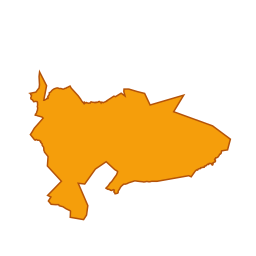 Atlamajalcingo del Monte, Guerrero, Mexico, rotated 255°
{"feature_id": "50627088B9042251287678", "entity_name": "Atlamajalcingo del Monte", "entity_type": "district", "adm_level": 2, "iso_a3": "MEX", "parent_name": "Mexico", "parent_adm1": "Guerrero", "projection": "robinson", "projection_center": [-98.589, 17.26], "detail": "fine", "context": "isolated", "style": "filled", "palette": "amber", "viewbox_px": 256, "rotation_deg": 255, "n_neighbors": 0, "source": "geoboundaries", "source_scale": "gbopen_adm2", "svg_char_len": 5102}
<svg xmlns="http://www.w3.org/2000/svg" viewBox="0 0 256 256"><g transform="rotate(255 128 128)"><path d="M186.8,42.5L186.5,42.8L186.1,42.9L185.4,42.6L185.1,42.8L184.8,43.1L184.7,43.3L183.3,42.6L183.0,42.5L182.7,42.1L182.0,41.8L181.1,41.9L180.8,42.0L180.6,42.2L180.3,42.6L179.8,43.1L179.0,43.2L178.6,43.5L177.8,43.7L177.7,43.9L177.7,44.2L177.7,44.8L177.7,45.4L177.5,45.9L177.3,46.4L177.1,46.6L176.8,47.1L176.7,47.1L176.2,47.2L173.8,46.7L173.2,46.5L172.4,46.0L172.1,45.9L171.8,45.9L170.8,46.0L170.5,45.9L169.2,45.3L168.3,45.0L168.2,44.9L168.1,44.7L167.9,44.5L167.5,44.2L167.2,44.1L166.8,43.9L166.4,43.6L165.9,43.2L165.7,43.0L165.4,42.4L165.3,42.2L164.4,41.7L164.2,42.0L164.1,42.5L163.7,43.2L163.2,43.8L161.0,47.6L159.5,48.6L152.0,37.4L149.1,34.5L146.9,32.0L140.9,34.6L140.8,34.8L140.7,35.0L140.4,35.1L140.3,35.3L140.3,35.7L140.6,36.1L140.6,36.3L140.6,36.5L140.1,37.0L139.8,37.3L139.5,37.6L139.4,38.1L139.3,38.7L139.2,38.9L138.9,39.2L138.5,39.4L138.0,40.0L137.7,40.2L137.4,39.9L137.1,39.9L136.6,40.0L136.2,40.2L135.6,40.6L135.1,40.9L134.8,40.9L134.4,40.8L134.0,40.7L133.4,40.7L132.8,40.9L132.0,41.3L131.3,41.5L130.3,41.4L129.6,41.3L128.4,41.0L127.9,41.0L126.9,41.2L126.6,41.2L126.4,41.1L121.1,43.4L112.2,40.3L93.8,49.9L83.7,32.9L81.3,35.7L78.1,32.2L74.2,34.0L72.8,37.9L72.0,41.0L71.8,41.2L70.7,41.5L68.8,44.8L66.0,47.3L63.0,50.8L62.4,50.9L56.7,49.1L51.0,61.4L54.6,65.4L63.4,69.1L87.5,65.6L85.1,71.7L96.8,85.9L101.1,98.2L91.3,104.4L90.4,105.2L90.1,105.6L89.6,106.0L88.7,106.7L88.3,106.6L87.7,106.2L86.7,105.5L85.4,104.4L83.6,102.1L81.6,99.8L80.5,98.4L79.3,96.2L78.1,94.9L77.2,93.8L75.6,91.1L75.4,91.2L75.1,91.5L74.7,92.0L74.2,92.4L73.9,92.9L73.8,93.1L73.9,93.4L73.9,93.6L73.8,93.8L73.5,94.0L73.2,94.3L72.9,94.6L72.8,94.9L72.6,95.0L72.4,95.0L71.9,95.9L71.9,96.2L71.9,96.4L72.1,96.7L72.2,97.0L72.1,97.4L72.1,97.6L72.2,97.9L71.8,98.1L71.8,98.5L71.7,98.6L71.4,98.3L71.1,98.3L70.9,98.4L70.7,98.4L70.5,98.1L70.3,98.0L70.2,97.9L69.8,97.9L69.4,98.0L69.1,98.3L67.8,98.5L67.7,99.8L67.7,100.6L67.8,101.2L68.1,101.7L68.7,101.9L69.4,102.1L69.9,102.5L70.8,103.6L72.3,105.0L73.2,106.0L73.7,106.8L74.4,108.4L74.7,108.7L74.8,109.1L74.8,109.7L74.6,110.4L74.5,110.7L74.5,111.4L74.5,112.4L74.6,113.2L74.9,114.4L75.2,120.9L73.5,125.0L72.3,128.2L71.8,129.2L71.6,130.5L71.6,131.5L71.5,132.4L70.6,134.3L70.4,135.4L70.4,136.2L70.4,137.0L69.0,142.2L66.2,174.4L64.5,176.4L69.0,181.8L69.8,183.4L69.8,183.5L69.7,183.6L69.4,184.0L69.4,184.4L69.5,184.6L69.9,184.8L70.0,184.9L70.2,185.4L70.3,185.7L70.2,186.0L70.2,186.5L70.3,186.8L70.2,186.9L70.1,187.2L70.1,187.5L70.7,187.9L70.8,188.0L70.6,188.4L70.6,188.6L70.7,188.9L70.6,189.1L70.8,189.5L70.7,189.6L70.6,190.0L70.5,190.4L70.5,190.7L70.4,191.5L70.5,191.6L70.8,191.7L70.9,191.8L71.2,191.8L71.3,192.1L71.5,192.9L71.4,193.1L71.2,193.3L71.4,193.6L71.5,193.7L71.7,194.3L71.9,194.5L72.1,194.8L72.1,195.0L72.4,195.6L72.3,195.9L71.9,196.3L71.9,196.5L72.0,196.6L72.5,196.8L72.8,197.3L72.6,197.9L72.5,198.1L72.4,198.2L72.4,198.5L72.3,198.9L72.1,199.1L71.8,199.2L71.3,199.5L70.9,199.6L70.6,199.7L70.4,199.8L70.4,200.2L70.5,200.3L70.8,200.4L70.9,200.5L71.0,200.7L71.2,200.8L71.3,200.7L71.6,200.4L71.8,200.4L72.1,200.5L72.2,201.0L72.2,201.3L72.4,201.7L72.6,201.9L72.6,202.1L72.7,202.3L72.7,203.2L72.8,203.3L72.9,203.5L73.2,203.6L73.5,204.0L73.8,204.0L74.1,203.8L74.3,204.0L74.5,204.1L74.7,203.8L75.0,203.5L75.6,204.0L75.8,204.1L76.0,204.5L76.2,204.9L76.3,204.9L76.5,205.0L76.4,205.3L76.3,205.7L76.3,206.1L76.5,206.7L76.6,207.3L76.8,207.4L77.0,207.7L77.6,208.6L77.9,208.9L78.6,209.4L78.8,209.7L78.9,209.9L79.0,210.0L78.9,210.2L78.9,210.6L79.0,210.7L79.1,210.8L79.5,211.2L79.6,211.5L79.9,211.7L80.8,212.0L81.4,212.3L81.7,212.5L81.5,214.0L81.5,214.9L81.1,218.5L90.7,224.0L108.1,210.3L131.9,176.3L145.3,190.3L144.5,155.3L157.1,153.0L160.7,146.5L165.3,139.0L165.7,137.8L166.3,135.4L166.6,134.2L164.3,133.4L159.7,133.4L163.4,130.4L161.5,124.0L162.4,122.6L159.7,114.3L159.4,114.3L158.9,110.5L159.2,110.3L159.8,109.3L159.1,108.5L159.6,108.4L161.0,107.3L161.1,106.2L160.7,105.6L160.8,104.5L160.8,104.1L161.3,103.8L160.9,102.9L161.0,102.6L161.2,102.3L161.5,102.1L161.6,101.9L161.8,100.9L162.7,99.2L162.8,99.1L162.7,98.7L161.9,98.0L162.1,97.5L162.0,96.5L162.7,95.5L162.8,94.9L163.3,94.4L163.5,94.2L163.3,93.8L163.2,93.3L163.4,93.0L162.7,92.0L163.0,91.6L163.6,91.6L164.3,92.1L164.3,91.5L164.5,90.9L166.9,90.0L168.1,89.7L172.0,88.2L181.3,83.4L183.5,82.9L183.3,81.7L183.0,80.8L182.9,79.4L182.7,78.8L182.5,78.6L182.6,77.2L182.4,76.5L182.3,76.1L182.3,75.5L182.5,74.9L183.0,74.3L183.4,73.6L183.7,72.9L183.8,72.1L184.1,71.5L184.3,71.2L184.7,70.8L184.8,70.5L185.0,70.1L185.1,69.1L185.1,68.7L185.0,68.3L185.0,66.9L184.7,66.1L184.3,64.9L183.7,63.8L183.4,63.5L182.7,62.4L182.6,62.1L182.5,61.8L182.5,61.6L182.5,61.2L182.4,61.1L182.2,61.0L181.9,61.0L181.3,60.8L180.9,60.7L180.6,60.6L180.4,60.3L180.3,60.0L180.0,59.6L179.3,58.9L179.0,58.6L178.8,58.5L178.3,58.6L178.2,58.7L177.9,58.7L177.6,58.6L177.4,58.5L177.2,58.2L177.6,57.3L177.0,56.6L176.8,55.1L176.4,54.7L176.6,53.8L189.9,60.3L205.0,57.1L200.7,55.4L192.7,53.7L189.7,52.5L189.3,51.9L186.5,48.3L186.8,42.5Z" fill="#f59e0b" stroke="#b45309" stroke-width="1.5"/></g></svg>